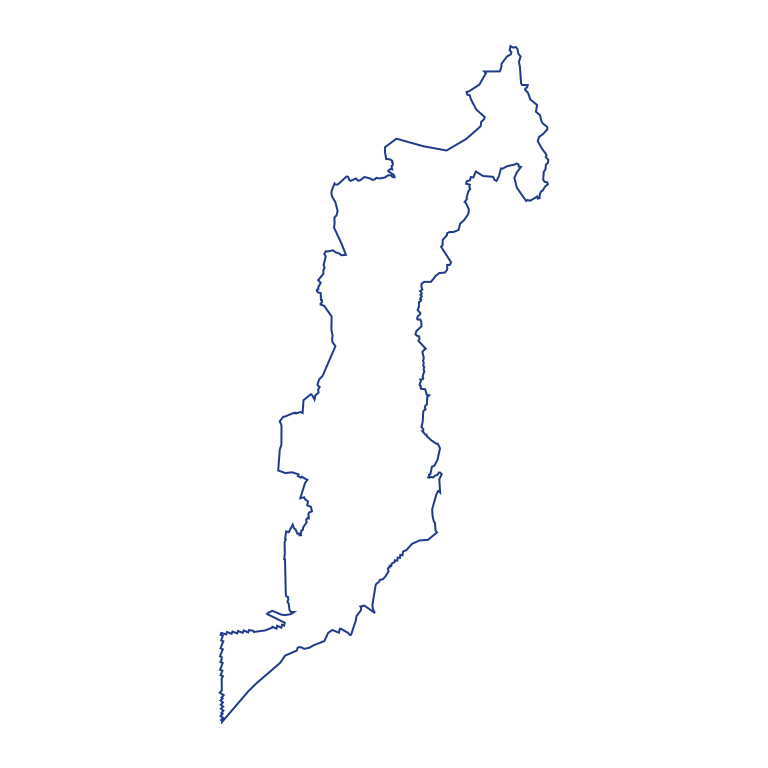 Tlatlauquitepec, Puebla, Mexico (Mercator projection)
{"feature_id": "50627088B68450400928549", "entity_name": "Tlatlauquitepec", "entity_type": "district", "adm_level": 2, "iso_a3": "MEX", "parent_name": "Mexico", "parent_adm1": "Puebla", "projection": "mercator", "projection_center": [-97.491, 19.839], "detail": "fine", "context": "isolated", "style": "outline", "palette": "blue", "viewbox_px": 768, "rotation_deg": 0, "n_neighbors": 0, "source": "geoboundaries", "source_scale": "gbopen_adm2", "svg_char_len": 6096}
<svg xmlns="http://www.w3.org/2000/svg" viewBox="0 0 768 768"><path d="M429.1,395.3L426.8,394.9L425.2,389.2L421.2,388.9L420.5,387.3L420.9,386.1L419.5,384.8L420.9,381.1L420.3,379.5L422.8,379.2L423.3,378.3L422.6,376.3L424.3,371.4L423.6,369.7L424.2,367.0L423.2,365.9L423.7,362.8L423.1,360.7L423.8,358.0L422.4,352.0L425.2,348.7L426.4,349.5L418.4,340.8L419.5,339.1L419.1,336.4L416.7,335.6L415.4,334.2L416.5,330.9L421.5,326.4L421.3,321.9L420.2,319.5L417.7,319.6L417.1,318.8L417.7,316.4L420.0,314.4L420.4,313.1L417.6,310.1L418.9,306.9L419.0,302.1L420.8,300.9L421.2,299.4L420.2,299.2L420.3,298.2L421.8,296.4L420.5,294.9L421.5,294.3L421.7,293.1L420.1,291.2L422.3,289.5L421.4,286.6L421.5,283.8L424.1,281.9L430.9,281.9L435.6,276.0L439.1,273.1L444.9,272.6L447.2,269.6L447.2,264.9L449.6,265.0L450.4,264.0L451.0,262.1L441.1,246.8L442.5,245.4L442.7,239.9L447.0,235.1L447.0,233.4L449.2,232.1L453.5,232.0L458.5,230.0L460.2,223.5L464.2,220.0L467.8,214.8L468.8,211.9L468.7,209.0L465.6,202.5L464.7,202.0L467.0,198.8L466.6,197.4L468.5,191.0L470.3,188.8L469.3,187.1L469.9,184.7L466.1,183.7L466.7,181.3L469.9,180.3L470.8,177.1L473.4,177.4L475.8,171.5L483.0,176.0L493.1,176.8L494.4,179.8L496.5,180.9L498.8,176.5L501.0,168.4L502.6,168.6L507.3,166.1L514.2,164.7L516.5,163.5L518.4,164.3L518.7,166.5L520.9,166.9L516.9,172.3L514.4,177.8L516.8,187.7L526.2,201.0L527.5,200.0L530.2,200.7L537.3,196.5L537.8,198.6L539.5,198.2L539.9,193.8L541.0,191.6L542.8,190.4L545.2,186.4L547.9,184.3L547.3,182.4L544.7,181.9L543.2,179.8L543.8,171.7L545.5,169.3L545.9,164.6L547.9,162.8L548.3,159.8L545.8,157.0L546.5,155.4L545.9,153.9L542.2,149.0L537.7,141.1L539.2,136.7L542.8,134.3L547.4,129.3L547.2,127.0L542.6,123.3L541.2,120.5L540.1,115.3L535.9,111.7L537.1,105.0L530.3,99.5L528.0,92.8L525.3,90.0L525.1,89.0L527.2,87.1L527.8,85.1L522.1,85.0L521.1,83.4L519.9,66.6L518.9,62.1L520.6,56.5L518.2,53.4L517.6,49.1L515.9,47.1L513.0,47.6L510.5,46.1L509.6,50.3L511.4,52.1L510.8,54.4L507.0,56.5L501.5,63.8L501.4,67.0L499.8,71.4L484.2,71.5L485.9,73.2L479.3,84.7L469.0,91.3L466.5,92.0L467.3,94.7L469.8,95.4L470.9,99.3L476.4,109.7L484.7,117.0L484.0,119.3L481.2,121.9L480.7,126.2L466.3,138.9L446.5,150.5L422.7,146.1L396.5,138.7L385.1,147.1L384.9,151.6L386.2,159.0L390.2,159.4L392.2,160.8L392.0,162.1L392.8,162.6L392.7,165.3L391.5,166.2L392.2,169.4L390.7,169.0L388.6,170.2L388.3,171.4L392.9,174.1L394.3,175.8L394.5,177.3L392.5,177.0L391.0,175.3L388.1,175.3L384.8,177.5L379.2,178.5L376.4,177.8L375.0,179.3L372.6,179.9L369.5,178.3L364.5,177.0L359.7,180.6L358.1,180.6L355.9,178.5L350.6,180.9L349.1,179.7L348.1,176.8L346.5,176.5L338.3,184.1L336.8,184.7L335.1,184.3L334.5,183.5L331.5,191.3L331.4,193.3L332.0,196.3L335.4,202.2L337.6,210.9L336.6,215.2L334.4,217.6L334.6,223.7L334.0,227.6L341.7,244.0L345.9,254.9L341.1,255.2L339.5,253.6L335.6,252.3L332.8,250.3L327.6,251.5L325.9,251.2L324.3,253.9L325.7,256.5L323.6,265.2L324.6,267.5L323.3,270.7L323.4,273.8L318.2,280.1L320.7,282.8L318.4,286.9L318.3,289.3L317.4,289.4L316.7,290.6L317.8,292.3L320.7,293.1L320.9,298.8L321.0,299.9L321.8,300.0L322.0,302.3L320.5,303.7L320.6,304.5L324.2,305.9L331.6,316.4L331.4,329.7L332.6,335.7L332.1,339.5L332.5,342.1L335.4,346.2L322.6,375.9L319.2,379.4L317.5,384.4L317.7,385.4L319.7,387.0L318.1,389.5L318.6,392.5L315.3,395.5L314.5,399.6L312.4,395.5L310.9,394.2L303.5,400.2L302.6,413.0L300.7,412.0L296.9,413.1L295.6,412.8L295.6,413.4L293.6,413.0L284.5,416.7L283.3,416.7L279.7,421.3L281.3,424.7L281.5,426.6L281.4,444.7L279.8,449.5L278.2,470.5L285.2,473.0L292.1,472.3L298.6,474.4L297.9,476.1L300.9,477.6L301.6,476.7L307.4,479.9L305.0,483.1L300.3,498.2L304.1,497.3L305.3,499.6L307.6,501.0L308.0,501.7L307.2,505.3L310.9,506.8L312.0,511.3L308.9,512.6L308.4,514.8L308.9,517.4L308.1,517.7L308.4,518.5L307.2,518.4L306.1,519.8L306.7,522.2L303.2,527.4L302.9,529.8L301.2,530.7L301.3,532.3L300.6,533.2L301.1,535.2L299.5,535.3L299.6,533.5L297.4,533.7L295.6,529.5L294.0,528.3L292.7,524.6L288.8,532.2L286.2,531.4L285.9,533.0L285.1,539.0L285.8,539.4L284.6,542.4L284.8,553.8L284.2,559.2L285.0,559.3L285.8,594.6L286.4,596.4L288.1,597.2L288.3,599.8L287.4,601.8L288.7,603.6L289.5,610.0L290.9,612.0L294.0,612.1L290.6,614.2L285.3,615.1L281.5,614.7L272.2,610.8L267.7,613.1L267.1,614.0L268.4,614.7L284.7,622.7L284.1,625.6L282.1,624.7L281.3,627.7L277.2,625.8L276.5,628.6L272.4,626.8L272.1,627.7L265.2,630.4L253.9,632.0L253.3,630.8L248.9,630.1L248.2,632.4L243.7,630.5L242.7,632.8L238.1,631.0L237.2,633.4L232.5,631.5L231.6,633.8L227.0,632.0L226.1,634.4L221.3,632.9L220.6,634.8L222.8,635.7L221.2,640.4L223.3,641.3L220.5,648.3L222.8,649.3L220.0,656.2L221.6,656.9L221.6,659.6L220.4,662.0L222.7,662.9L220.1,669.8L222.4,670.7L220.6,675.3L222.9,676.2L221.7,678.5L221.8,690.4L219.7,692.6L223.7,695.2L221.5,697.5L222.6,698.4L220.5,700.5L222.9,702.5L220.8,704.7L223.1,706.6L220.9,708.7L223.4,710.7L221.4,712.9L222.6,713.8L220.5,716.0L223.1,717.9L221.1,720.0L222.1,720.7L222.1,721.9L248.2,691.4L256.1,683.6L280.2,662.8L285.1,655.6L296.7,650.6L297.6,648.0L299.0,647.1L301.4,647.4L304.2,648.8L309.2,647.8L313.6,645.3L324.4,641.0L328.2,632.8L332.3,630.0L338.9,632.7L339.9,628.8L340.8,628.7L347.9,632.8L349.9,635.0L351.1,634.7L355.8,620.5L356.5,616.1L360.9,610.3L361.2,607.6L360.4,606.5L364.4,605.6L374.9,613.1L373.0,609.3L372.4,605.3L375.6,585.3L376.4,583.8L379.1,581.8L379.8,579.9L382.9,579.2L385.6,576.2L388.6,571.3L387.8,568.7L388.7,567.4L389.7,567.4L389.8,565.8L391.3,566.0L391.6,563.8L394.8,561.8L394.9,560.3L397.3,560.6L397.7,557.6L400.0,557.9L400.3,554.9L402.6,555.2L403.0,551.6L406.4,550.1L412.2,543.7L419.7,540.4L427.9,539.9L437.0,532.4L435.5,530.5L435.0,523.0L433.7,521.0L432.5,515.5L432.2,509.1L436.2,495.0L438.1,491.0L438.8,490.9L440.1,492.4L439.3,479.3L441.7,474.1L440.2,472.6L438.8,472.5L437.6,474.8L435.3,475.5L433.1,477.5L431.3,476.9L429.3,477.8L428.3,477.4L429.2,476.5L429.0,474.8L430.4,474.0L431.9,466.8L434.4,465.7L437.6,459.6L440.0,448.2L437.8,443.8L436.1,443.6L431.4,440.4L426.8,436.2L426.6,434.7L425.2,434.5L422.5,431.3L423.2,431.3L423.3,429.3L421.5,427.0L422.7,421.6L423.3,411.1L425.6,409.3L424.8,407.8L425.3,405.8L426.9,404.4L427.2,397.1L429.1,395.3Z" fill="none" stroke="#1e3a8a" stroke-width="2"/></svg>